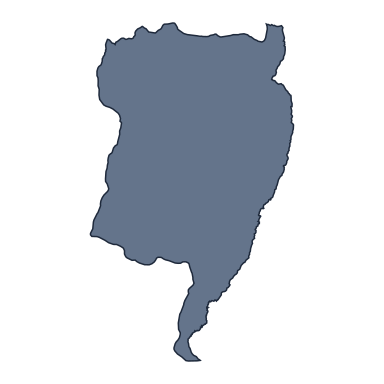 Cabrera, Cundinamarca, Colombia
{"feature_id": "7082276B86545792677469", "entity_name": "Cabrera", "entity_type": "district", "adm_level": 2, "iso_a3": "COL", "parent_name": "Colombia", "parent_adm1": "Cundinamarca", "projection": "albers", "projection_center": [-74.42, 3.884], "detail": "fine", "context": "isolated", "style": "filled", "palette": "slate", "viewbox_px": 384, "rotation_deg": 0, "n_neighbors": 0, "source": "geoboundaries", "source_scale": "gbopen_adm2", "svg_char_len": 5940}
<svg xmlns="http://www.w3.org/2000/svg" viewBox="0 0 384 384"><path d="M107.5,39.4L106.1,43.0L105.6,44.8L106.1,49.2L105.5,50.1L105.8,51.1L104.8,53.1L104.6,54.9L103.2,56.7L102.9,57.9L102.3,58.7L102.2,61.5L101.1,64.8L98.8,66.6L97.9,68.1L97.0,71.2L97.0,75.7L98.0,77.8L98.2,80.7L98.1,85.9L99.2,89.3L99.0,95.1L99.7,99.5L103.7,104.9L106.0,106.2L109.8,107.4L112.9,109.0L118.2,113.2L119.5,115.2L120.5,118.5L120.0,121.2L121.4,122.5L121.5,123.2L120.8,127.8L119.6,131.0L119.7,134.4L117.8,141.5L117.4,144.0L117.1,144.7L115.2,145.8L113.5,148.0L112.2,152.3L111.4,153.4L110.7,153.6L109.0,155.2L108.2,158.1L107.9,160.4L108.1,162.6L107.4,165.1L107.1,168.2L106.0,171.5L105.5,179.0L105.6,181.5L107.2,183.9L108.5,187.9L108.7,188.5L108.4,190.1L107.5,191.5L104.0,195.0L102.3,197.6L100.9,200.9L100.4,204.1L100.6,205.1L100.4,206.3L97.9,212.7L97.1,213.7L94.0,219.9L93.4,222.0L92.8,228.8L90.5,233.4L90.5,234.8L91.8,236.4L97.1,236.6L99.2,237.3L105.0,240.3L108.6,242.7L113.5,244.4L116.7,244.5L120.6,246.3L123.1,247.9L123.7,248.8L124.5,250.7L124.5,254.0L125.3,255.8L126.1,257.1L127.1,257.9L132.0,260.3L135.2,260.1L136.7,261.5L139.4,263.0L144.6,264.7L149.2,264.8L152.0,263.7L154.2,262.0L155.4,260.4L156.6,258.1L157.9,257.3L159.1,257.3L161.3,257.4L163.7,259.0L165.5,259.8L169.1,260.7L175.1,263.0L178.1,263.3L180.6,263.2L182.7,261.9L184.9,261.8L186.2,261.9L188.5,263.1L189.1,264.1L189.7,266.8L191.5,272.1L192.1,273.3L192.9,277.5L192.9,279.3L194.0,283.2L193.0,285.2L189.3,288.5L188.3,290.0L188.3,292.0L188.7,293.6L184.9,300.5L183.9,303.3L183.7,304.8L181.0,312.0L179.8,314.2L178.3,323.0L178.6,329.4L180.3,332.8L180.2,334.6L179.4,337.7L177.9,340.1L176.3,341.8L175.2,343.7L174.0,347.8L174.0,349.1L174.8,350.9L177.5,354.0L181.8,356.9L185.9,360.6L188.4,361.0L197.4,360.8L200.2,360.4L199.5,359.7L198.3,359.2L196.3,356.6L193.6,355.3L192.2,353.8L191.3,352.4L190.0,348.3L188.9,346.7L188.5,343.5L187.9,341.8L188.1,340.8L188.0,339.2L189.5,337.7L190.3,336.4L191.2,336.0L191.0,335.3L191.2,334.9L191.6,334.9L192.2,334.4L192.4,333.8L192.2,333.4L194.6,331.9L194.8,331.0L195.3,331.5L195.8,331.0L196.9,330.9L197.2,330.4L198.1,330.7L199.2,330.4L200.4,328.8L200.4,328.1L201.0,327.7L200.8,327.2L201.7,327.3L201.6,325.5L202.0,325.6L202.4,326.1L202.5,325.6L203.0,325.5L204.3,324.6L204.5,324.2L205.4,324.2L205.8,323.5L206.7,323.0L206.8,320.7L206.2,320.0L206.3,318.0L205.9,316.9L206.7,315.2L206.2,315.6L206.1,315.4L207.0,313.7L207.2,312.7L207.6,312.4L207.9,311.3L207.7,310.7L206.9,310.1L207.3,309.5L207.1,308.5L207.7,308.0L206.8,308.1L206.7,307.2L206.9,306.9L207.6,306.9L207.8,304.7L208.4,304.2L208.4,302.8L209.0,302.6L208.9,301.8L209.8,301.1L210.7,301.8L211.9,300.6L213.9,301.2L214.9,300.0L215.4,300.1L216.4,301.1L217.1,300.1L217.2,300.3L218.0,299.7L221.3,294.9L221.3,293.2L221.6,292.6L222.7,291.8L224.6,291.5L225.5,291.1L226.5,290.1L226.9,288.1L228.1,287.5L229.5,285.8L230.0,284.8L229.4,284.2L229.1,283.6L229.5,282.1L229.5,281.4L230.4,279.7L232.7,278.0L233.6,276.3L235.4,274.5L236.3,274.1L237.3,272.8L237.6,270.6L239.7,269.3L241.2,265.4L243.7,262.7L244.8,262.4L246.0,260.2L248.9,257.8L248.7,256.5L248.9,255.5L249.6,254.4L249.5,252.8L250.3,251.4L250.6,248.6L251.7,244.9L252.5,243.4L252.1,241.9L252.4,240.3L254.6,238.2L254.1,237.0L254.7,235.5L254.3,233.9L255.4,233.3L255.9,232.4L256.0,230.4L255.2,229.8L255.2,229.4L256.3,227.9L256.4,226.7L257.8,226.0L258.2,224.1L259.3,223.6L259.1,223.0L259.4,222.2L258.1,221.4L258.8,221.0L258.8,219.8L259.6,218.0L260.7,216.2L260.5,215.9L258.9,215.6L258.5,215.0L259.1,213.9L259.4,212.0L260.3,210.7L260.4,209.6L261.2,208.7L262.1,208.4L263.1,208.7L263.8,208.3L263.2,207.1L263.8,204.9L265.3,204.1L265.6,203.4L266.7,202.9L268.3,201.6L268.8,199.8L269.5,199.6L270.3,200.0L270.8,199.7L270.9,199.1L270.6,198.5L272.2,197.6L272.8,196.9L273.2,195.3L274.5,192.1L274.8,189.6L275.9,189.1L276.1,188.7L276.3,186.7L277.1,185.1L278.5,179.7L280.4,176.4L281.9,175.4L282.1,174.1L283.5,172.0L284.2,169.3L284.1,167.7L284.3,167.2L283.4,166.0L283.6,165.6L285.5,165.1L286.0,164.4L286.7,162.7L286.7,161.4L288.1,158.8L288.0,157.4L287.0,155.6L286.9,154.3L288.1,152.9L287.9,152.1L289.1,150.3L288.9,149.2L289.3,147.2L289.8,146.4L289.9,144.6L289.7,143.5L290.6,142.1L290.6,141.2L290.2,140.6L290.9,139.8L291.0,136.5L292.7,132.6L292.6,131.3L293.3,129.0L293.5,124.9L292.8,123.8L291.3,122.5L291.8,120.2L291.3,118.7L292.3,116.9L292.4,116.1L291.1,114.1L291.6,112.8L291.7,110.5L290.9,107.5L290.9,106.6L292.0,106.6L292.1,103.7L291.2,100.9L291.0,95.8L290.8,95.3L289.8,94.8L289.2,93.7L288.5,93.3L287.7,91.6L285.8,89.8L283.3,85.2L282.2,84.7L281.2,83.7L278.4,84.2L276.4,82.7L275.0,80.9L274.5,80.6L273.1,80.5L272.6,79.8L271.7,79.6L271.6,79.4L272.3,77.4L272.8,76.9L272.9,76.3L274.8,75.7L275.7,74.6L276.4,72.3L276.0,71.1L276.1,70.0L277.2,68.1L277.7,66.5L278.6,65.8L279.8,64.0L280.5,61.3L281.8,60.6L283.4,58.8L283.6,56.5L284.5,54.7L284.8,53.4L285.2,49.9L285.1,46.6L284.3,46.1L284.1,45.6L284.8,44.8L284.5,43.4L284.7,42.3L284.4,41.4L283.4,41.1L284.2,39.2L284.4,37.9L282.5,31.0L282.4,29.5L282.9,27.6L281.5,25.7L278.9,26.4L277.0,26.5L275.2,25.9L274.6,25.4L273.3,25.6L271.7,24.6L270.3,25.5L268.5,24.5L267.3,24.5L266.4,24.1L267.1,26.4L267.3,29.0L265.6,38.0L264.4,40.5L263.2,41.4L261.9,42.0L258.0,41.2L256.9,40.4L254.4,39.4L251.0,36.8L249.7,36.6L247.6,34.8L244.0,33.8L240.0,34.2L238.3,34.7L233.2,34.7L230.7,35.5L221.1,37.0L220.1,36.9L217.8,35.7L216.2,34.2L215.1,34.1L213.5,34.8L210.3,35.4L208.6,36.4L206.7,36.6L202.8,36.5L201.5,36.2L200.0,36.3L197.1,35.8L187.3,34.6L183.7,33.5L178.3,29.7L177.5,28.8L177.4,27.6L176.0,25.1L174.8,23.4L174.2,23.1L172.7,23.0L168.0,24.0L164.2,24.2L162.9,25.3L161.5,28.1L160.7,29.1L158.3,30.3L155.8,32.7L155.2,33.0L148.7,32.0L146.0,28.7L144.5,28.1L142.7,26.6L142.2,26.4L140.4,27.7L137.6,29.0L135.6,31.2L135.0,32.9L135.2,34.9L134.7,35.9L133.8,36.6L133.5,37.5L132.9,38.3L131.6,38.8L128.8,38.4L127.0,39.2L125.8,39.4L123.7,38.2L122.0,38.2L120.9,38.7L117.4,41.5L115.9,42.2L115.1,44.5L114.3,43.6L112.1,43.1L109.5,40.1L108.6,39.6L107.5,39.4Z" fill="#64748b" stroke="#1e293b" stroke-width="1.5"/></svg>